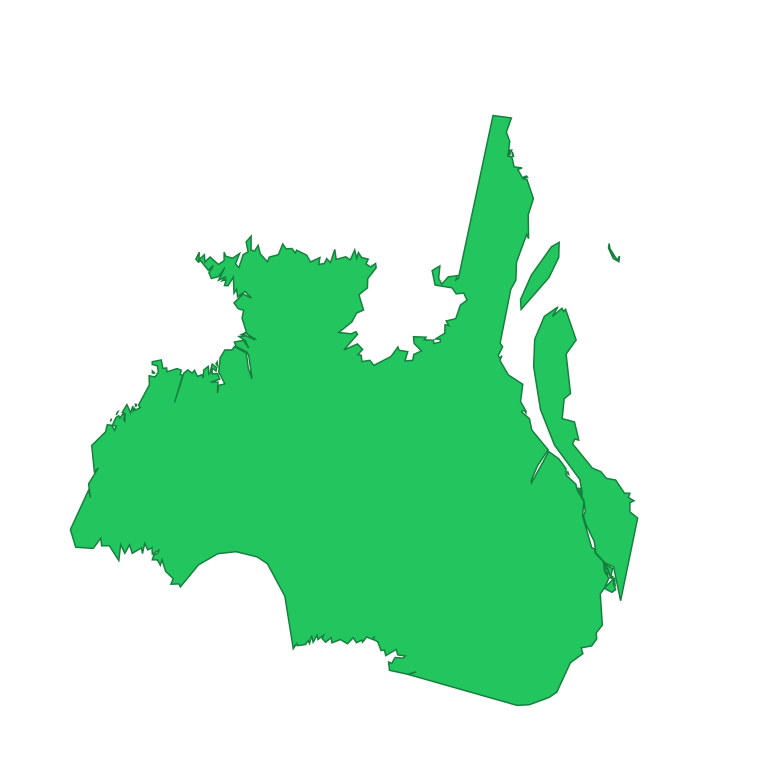 SVG path tracing the border of Québec, rotated 282°
{"feature_id": "CAN-683", "entity_name": "Québec", "entity_type": "Province", "adm_level": 1, "iso_a3": "CAN", "parent_name": "Canada", "parent_adm1": "", "projection": "robinson", "projection_center": [-69.443, 53.796], "detail": "fine", "context": "isolated", "style": "filled", "palette": "green", "viewbox_px": 768, "rotation_deg": 282, "n_neighbors": 0, "source": "natural_earth", "source_scale": "10m", "svg_char_len": 6178}
<svg xmlns="http://www.w3.org/2000/svg" viewBox="0 0 768 768"><g transform="rotate(282 384 384)"><path d="M104.9,468.4L109.2,475.3L105.0,467.7L105.1,448.9L113.0,446.3L112.3,449.7L118.8,451.7L119.8,459.6L122.4,461.4L121.9,453.8L126.9,451.1L118.7,442.2L123.8,439.8L122.7,436.5L130.5,431.5L131.9,427.0L135.3,426.9L131.7,426.3L133.0,419.7L127.0,416.7L128.9,415.8L125.2,410.8L129.4,406.7L122.3,402.2L125.0,394.5L120.0,386.9L124.9,385.0L119.3,380.6L122.1,376.4L125.8,377.1L120.3,372.5L124.3,370.7L116.7,368.4L122.9,365.5L114.7,365.1L117.2,363.2L112.9,361.4L110.0,353.6L111.9,352.5L106.2,350.3L155.9,331.1L184.0,307.3L188.5,295.8L189.2,274.1L183.5,256.8L168.6,240.2L143.2,227.0L145.8,224.9L143.9,217.2L149.8,218.2L155.3,209.4L165.8,203.4L160.2,202.9L164.8,198.9L163.9,193.9L168.8,194.4L171.6,198.0L174.6,198.3L169.4,192.8L175.5,191.1L172.6,187.4L178.3,183.1L167.9,183.0L173.3,180.9L166.0,172.9L173.9,168.6L164.5,165.7L172.2,159.8L156.2,161.3L168.7,148.9L167.0,141.5L174.3,139.0L162.8,133.8L160.2,116.4L176.4,107.5L218.8,117.1L211.8,120.4L225.0,115.8L242.4,122.0L238.0,118.9L263.1,110.9L279.3,121.6L286.6,121.8L287.0,126.1L282.6,130.2L287.0,130.8L287.1,126.9L295.6,128.8L297.8,131.2L295.7,132.7L300.9,134.9L298.8,137.0L295.2,136.7L293.8,138.2L301.2,137.1L301.8,133.9L310.4,136.8L303.2,142.2L310.3,142.9L304.7,144.5L308.3,145.1L306.9,146.5L310.4,150.5L312.2,148.2L334.4,154.7L343.2,152.5L343.3,158.6L348.8,160.8L354.7,158.5L354.9,153.2L357.6,152.7L361.2,161.1L353.3,164.5L354.5,168.0L350.8,169.3L356.0,178.2L355.4,182.7L350.8,182.8L350.9,185.3L322.5,183.0L352.9,185.9L357.0,189.1L354.7,194.1L358.0,195.8L352.6,199.9L355.3,203.9L352.4,206.0L360.2,204.7L364.7,208.4L357.4,210.6L362.1,213.0L358.3,213.6L359.5,219.1L354.5,222.3L349.8,214.0L351.3,221.2L340.5,222.9L348.4,222.7L351.0,228.3L361.3,219.9L375.6,218.3L384.2,221.3L385.7,228.2L389.5,229.9L385.7,242.9L371.0,248.0L361.5,253.9L384.2,245.6L386.8,243.0L389.9,231.6L393.9,228.9L397.4,237.2L391.1,244.2L397.4,239.4L400.3,232.3L402.5,239.5L400.4,247.9L401.0,249.0L404.4,239.6L419.1,231.4L426.9,231.4L427.3,225.8L432.2,220.4L442.8,227.6L440.4,236.5L445.6,228.8L438.8,222.7L446.1,220.1L441.7,218.4L457.2,214.4L447.7,211.0L447.1,207.5L453.0,207.9L451.3,204.2L456.1,207.1L451.2,200.7L464.8,204.1L454.6,199.8L451.3,193.2L456.4,189.6L462.1,192.0L464.5,192.2L458.6,188.6L466.6,178.8L464.6,177.2L467.0,174.0L474.5,175.9L467.2,177.1L473.1,181.4L466.1,183.5L472.1,187.5L466.5,197.2L471.4,202.0L479.7,200.2L476.1,202.6L475.6,209.8L481.6,215.6L470.6,213.8L467.7,217.9L481.3,219.4L485.0,223.6L494.3,219.6L501.0,223.3L487.4,226.1L487.1,229.7L493.4,232.1L485.5,236.0L479.3,244.5L484.3,245.4L488.6,253.9L499.9,255.8L495.8,260.2L497.4,265.8L493.6,270.0L496.7,270.7L494.0,281.5L488.1,286.7L494.4,295.0L487.4,295.4L489.4,300.5L494.7,301.9L491.6,306.4L505.4,307.9L495.9,311.3L500.5,320.2L498.3,325.2L509.0,327.5L501.1,331.2L507.2,331.7L503.0,335.8L502.9,342.6L497.7,341.4L495.7,346.4L500.1,350.7L496.0,352.2L483.7,346.2L474.5,347.8L466.1,340.9L452.1,348.6L447.7,342.5L437.9,339.6L425.0,329.0L426.3,341.5L429.3,345.7L427.1,347.8L408.9,337.6L417.7,349.7L413.3,355.9L407.5,352.4L407.3,355.8L401.4,357.7L404.2,365.3L400.1,370.2L412.3,385.1L423.1,389.9L420.1,391.8L420.6,400.5L410.9,399.7L413.1,407.2L419.1,407.0L424.1,413.8L429.9,405.1L436.4,403.0L438.5,415.4L435.6,414.2L437.1,423.4L433.9,424.2L436.6,430.3L439.4,429.9L438.8,425.1L446.3,432.9L454.7,431.4L454.6,435.2L458.6,431.7L462.8,440.6L477.1,442.3L483.4,447.8L489.5,443.1L487.2,435.9L492.2,430.6L491.4,413.4L505.0,407.5L511.1,414.1L498.7,415.5L493.7,419.8L502.2,424.6L505.2,433.2L500.7,432.7L502.8,434.8L669.3,434.8L670.7,453.3L655.8,451.3L647.3,456.6L632.6,457.8L632.8,461.8L623.5,466.1L624.0,474.2L621.7,470.2L613.7,477.2L613.9,481.2L596.4,491.6L579.4,489.9L556.3,495.2L559.8,492.4L530.8,488.3L512.9,491.4L502.9,488.3L448.2,489.1L445.1,492.3L435.4,489.8L433.3,492.1L436.3,493.4L431.1,492.5L418.7,503.8L412.6,519.8L395.3,521.2L386.7,528.7L385.3,528.8L387.2,527.0L386.4,524.8L385.3,524.4L380.3,533.5L369.7,538.1L353.7,558.3L335.9,551.1L320.0,548.1L317.9,548.8L352.2,559.2L347.1,570.6L339.2,579.5L332.7,581.2L325.8,592.6L320.5,594.9L310.4,604.0L296.3,605.6L267.1,621.2L266.3,624.5L262.7,625.6L255.7,635.6L246.8,638.5L240.8,644.3L230.4,642.2L241.2,649.0L236.1,650.1L231.0,653.3L227.6,650.2L230.0,641.9L223.6,639.2L193.6,647.7L184.5,643.3L178.8,645.1L171.0,641.6L166.9,631.7L161.6,634.6L150.2,624.3L118.5,617.1L111.8,610.7L100.5,592.8L97.3,581.0L104.9,468.4ZM305.6,660.0L221.2,660.5L252.9,646.6L254.9,637.6L262.8,626.4L273.9,622.3L288.2,611.0L296.7,606.4L300.6,607.5L311.4,603.9L315.2,600.8L320.0,600.1L331.4,595.3L359.7,563.5L391.5,542.4L432.0,526.8L459.0,522.1L483.5,526.8L495.5,538.1L485.0,534.6L495.1,542.3L492.4,544.8L494.8,546.1L467.0,562.8L451.1,555.9L413.5,568.4L407.0,563.3L387.2,565.5L386.5,578.2L369.6,586.2L369.8,582.0L364.7,580.9L345.1,605.2L343.3,614.4L337.9,621.2L338.3,630.5L327.2,641.9L328.3,647.2L323.8,646.7L321.7,652.8L319.1,649.2L310.1,651.1L305.6,660.0ZM522.3,523.2L485.5,502.6L495.0,500.0L520.9,505.4L553.1,519.3L559.0,525.9L544.1,528.6L522.3,523.2ZM253.6,637.4L251.0,645.9L240.9,646.0L248.4,642.4L253.6,637.4ZM367.8,211.8L365.1,217.0L361.6,217.0L363.5,213.7L361.9,211.5L367.8,211.8ZM560.9,577.9L559.1,580.0L556.1,581.9L558.0,581.5L560.8,578.2L562.9,577.4L553.6,586.4L558.1,587.8L552.5,588.3L554.4,582.2L563.6,575.3L568.2,575.0L560.9,577.9ZM322.3,594.8L322.6,597.7L316.1,599.6L322.3,594.8ZM244.1,642.6L247.2,638.9L251.8,637.8L247.7,642.2L244.1,642.6ZM402.7,234.3L405.3,237.6L402.8,237.8L402.7,234.3ZM236.8,650.5L242.3,649.6L235.8,651.7L236.8,650.5ZM634.8,461.8L637.8,461.3L633.1,463.7L634.8,461.8ZM638.4,458.5L636.5,459.6L634.2,459.2L636.3,457.8L638.4,458.5ZM348.6,154.7L347.3,157.2L346.7,157.0L346.6,155.2L348.6,154.7ZM368.8,215.5L370.8,216.2L367.4,217.2L368.8,215.5ZM616.0,481.3L614.9,477.6L615.9,477.9L617.0,480.2L616.0,481.3ZM297.9,128.6L301.1,129.1L301.5,129.5L297.9,128.6ZM242.4,647.2L243.9,648.1L240.6,647.3L242.4,647.2ZM334.3,582.5L336.9,581.8L334.0,583.4L334.3,582.5ZM310.2,146.1L312.5,145.0L312.5,146.1L310.2,146.1ZM638.6,459.0L639.4,460.2L638.1,460.2L638.6,459.0ZM290.4,124.2L292.2,124.3L293.5,124.8L290.4,124.2Z" fill="#22c55e" stroke="#15803d" stroke-width="1.5"/></g></svg>